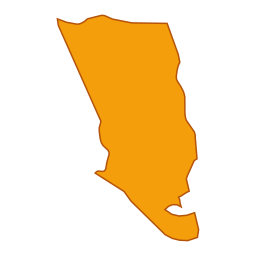 Clarendon, Robinson projection
{"feature_id": "JAM-1370", "entity_name": "Clarendon", "entity_type": "Parish", "adm_level": 1, "iso_a3": "JAM", "parent_name": "Jamaica", "parent_adm1": "", "projection": "robinson", "projection_center": [-77.269, 17.954], "detail": "fine", "context": "isolated", "style": "filled", "palette": "amber", "viewbox_px": 256, "rotation_deg": 0, "n_neighbors": 0, "source": "natural_earth", "source_scale": "10m", "svg_char_len": 1166}
<svg xmlns="http://www.w3.org/2000/svg" viewBox="0 0 256 256"><path d="M197.0,158.8L194.2,160.6L187.8,174.7L186.3,178.8L189.2,191.2L186.4,192.5L181.4,195.8L178.6,197.1L179.6,199.5L180.3,204.0L181.2,206.9L177.0,204.8L172.8,204.6L168.7,206.2L164.9,209.6L171.8,214.3L179.1,216.0L186.7,215.3L194.6,212.7L198.6,229.6L197.4,237.4L187.8,240.6L179.6,240.2L172.3,238.4L165.1,234.6L131.1,201.2L124.1,191.5L95.2,173.1L96.3,171.9L97.1,171.4L98.2,171.0L101.7,171.4L102.9,171.4L104.0,171.1L104.8,170.5L105.4,169.7L105.9,168.5L106.7,163.0L109.0,154.6L109.1,153.2L108.8,151.7L107.9,150.1L103.4,145.9L101.6,143.3L100.9,141.3L100.2,138.6L99.4,132.5L99.2,129.5L99.3,127.3L100.4,123.7L100.9,121.2L58.4,25.6L57.4,18.9L66.6,22.3L76.6,24.1L78.3,24.1L80.1,23.7L82.9,22.4L84.4,21.5L87.1,19.2L88.1,18.7L101.3,15.4L103.0,15.4L105.0,15.8L112.5,19.1L131.7,22.9L167.1,23.4L178.2,54.3L179.8,62.3L178.3,65.5L177.2,69.7L176.3,76.2L176.4,78.4L176.8,80.0L178.3,82.7L179.0,83.6L181.2,87.2L183.4,91.6L184.3,94.6L184.8,96.9L184.9,112.6L185.2,116.0L185.7,118.6L186.2,119.9L186.7,120.9L194.3,131.9L194.9,134.0L195.3,135.8L195.2,137.3L197.0,158.8Z" fill="#f59e0b" stroke="#b45309" stroke-width="1.5"/></svg>